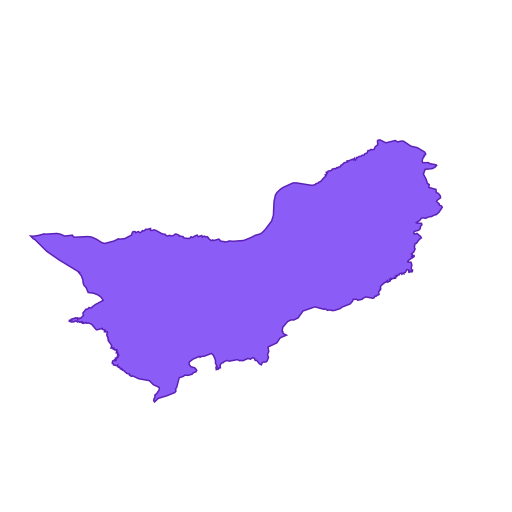 Namtumbo, Ruvuma, United Republic of Tanzania, rotated 248°
{"feature_id": "72390352B4837835329020", "entity_name": "Namtumbo", "entity_type": "district", "adm_level": 2, "iso_a3": "TZA", "parent_name": "United Republic of Tanzania", "parent_adm1": "Ruvuma", "projection": "equal_earth", "projection_center": [36.206, -10.673], "detail": "fine", "context": "isolated", "style": "filled", "palette": "violet", "viewbox_px": 512, "rotation_deg": 248, "n_neighbors": 0, "source": "geoboundaries", "source_scale": "gbopen_adm2", "svg_char_len": 6031}
<svg xmlns="http://www.w3.org/2000/svg" viewBox="0 0 512 512"><g transform="rotate(248 256 256)"><path d="M358.9,54.6L355.4,56.0L354.0,57.2L338.6,63.8L325.8,72.2L307.3,86.0L307.4,85.4L303.0,86.7L298.6,86.5L295.7,85.6L293.1,85.6L290.2,86.7L285.0,86.7L282.5,91.3L279.0,95.0L275.9,96.9L272.1,97.7L271.2,89.1L270.2,85.1L269.6,84.4L269.6,83.4L270.8,81.9L269.8,79.9L270.4,78.4L267.9,74.1L265.7,73.8L264.0,70.4L264.5,69.6L264.2,68.5L264.8,67.9L264.2,67.1L265.5,67.3L265.7,65.8L266.2,65.8L266.6,61.1L265.6,61.1L266.3,58.9L265.7,58.4L264.0,60.0L263.2,62.3L263.3,64.9L261.6,65.8L261.7,67.2L260.5,67.8L260.3,70.2L259.6,70.5L259.3,69.6L258.6,70.0L258.1,71.0L258.1,73.4L257.2,73.5L256.6,75.7L254.3,78.0L247.7,80.2L247.1,80.8L246.5,86.3L245.5,86.1L243.8,88.3L242.8,87.3L242.6,88.0L242.0,87.8L241.6,89.7L239.6,89.1L239.6,88.5L238.8,88.1L236.9,87.9L236.1,88.4L235.0,87.7L232.7,87.8L232.6,87.3L227.4,88.7L225.8,87.6L225.1,88.3L224.8,87.4L223.8,89.5L223.1,88.8L222.3,90.0L221.8,89.9L221.3,91.7L220.6,91.1L220.1,91.6L219.3,90.7L218.8,91.3L218.4,90.4L217.6,91.5L216.5,90.8L216.6,91.5L215.3,91.6L214.5,89.6L213.9,90.1L213.5,89.5L213.9,87.5L213.1,87.7L212.9,86.6L212.4,87.4L211.5,87.0L212.4,83.8L210.5,82.5L209.0,83.4L208.3,83.1L206.7,85.6L206.7,86.7L206.1,86.0L204.3,86.8L204.3,87.8L202.5,87.9L202.2,88.8L201.5,88.6L201.2,89.6L200.2,89.4L199.5,90.4L195.6,92.2L193.7,94.6L192.9,94.1L191.3,95.2L190.9,95.9L191.0,96.8L186.1,101.3L180.4,110.4L175.2,112.6L170.3,117.1L168.2,116.1L165.7,112.4L164.9,110.1L162.9,109.5L161.9,108.0L160.4,107.0L158.7,107.2L160.6,112.1L159.8,120.8L159.8,129.6L160.7,131.1L162.8,131.7L164.1,133.4L171.9,139.2L171.6,143.6L172.2,145.3L170.8,148.3L170.3,152.5L171.2,154.0L171.1,157.0L172.2,158.2L173.5,158.0L175.4,157.2L177.8,154.1L180.8,153.4L182.7,154.5L184.0,159.0L184.1,165.2L183.9,166.3L183.1,166.2L183.3,167.7L182.5,170.5L182.3,178.3L179.7,179.3L175.7,179.4L173.1,179.0L172.2,178.3L168.7,178.4L167.7,177.1L165.5,176.6L165.5,177.9L166.4,178.6L165.3,178.7L166.0,180.2L165.7,181.1L168.6,182.0L169.6,184.2L169.4,185.7L169.9,186.5L170.1,189.8L168.5,191.8L166.9,199.9L164.9,201.8L165.0,202.6L164.1,203.9L163.7,205.7L164.1,207.0L163.7,208.2L164.2,209.8L162.4,212.2L163.0,214.8L161.6,216.2L159.5,216.1L158.8,217.6L154.7,218.8L153.1,220.1L154.8,222.0L155.0,222.9L154.0,225.5L154.6,227.1L157.3,229.6L160.3,229.8L162.6,232.0L167.1,233.1L167.7,242.9L171.1,247.8L171.2,254.6L173.9,252.2L175.8,252.5L176.2,252.0L179.8,254.0L183.4,260.8L183.6,264.7L182.5,267.1L182.8,271.8L187.4,279.0L186.8,291.5L181.2,298.9L180.8,300.7L178.9,301.8L178.4,304.1L176.7,306.4L176.1,308.6L175.7,314.5L176.4,316.6L176.3,325.4L177.9,328.5L179.4,329.9L178.2,333.0L176.8,333.9L176.1,338.2L176.8,340.0L176.8,342.7L173.0,348.6L173.0,349.7L174.1,351.4L173.7,352.2L174.3,353.8L174.1,354.8L174.3,355.8L176.9,356.2L178.1,358.8L178.7,358.5L179.2,359.5L181.1,359.9L182.6,363.2L182.5,364.0L183.3,365.1L183.0,366.7L184.0,368.4L182.4,368.3L182.6,370.3L183.3,370.7L182.7,371.1L183.4,371.8L184.2,371.5L183.7,372.8L184.6,372.9L183.6,374.9L184.0,376.1L183.4,376.1L183.2,376.9L184.2,376.7L184.1,378.6L184.8,379.7L185.3,379.2L184.9,381.6L185.8,382.1L185.5,384.5L184.5,384.4L184.7,385.6L184.2,386.3L185.0,386.3L184.8,388.3L186.9,390.8L186.1,392.2L183.6,391.7L183.5,392.4L184.6,392.8L183.8,393.3L183.8,394.9L183.1,394.3L182.9,395.0L184.3,395.9L184.9,395.2L186.2,395.1L189.2,397.1L192.1,397.4L193.6,394.5L194.2,394.6L195.1,396.7L196.2,402.4L197.1,402.7L197.3,400.3L198.5,401.6L199.7,400.9L200.6,403.8L203.0,406.2L204.1,405.9L207.7,407.8L207.7,409.5L210.2,413.6L210.8,416.0L212.3,416.0L216.7,413.7L216.7,411.7L217.7,410.8L219.2,411.5L219.4,413.4L218.9,416.3L219.8,418.5L221.8,419.6L222.8,421.5L224.3,421.7L226.1,417.7L226.9,417.1L227.6,421.1L229.2,423.6L228.7,425.4L227.4,427.3L227.6,430.6L226.8,433.6L227.2,436.3L226.8,438.6L228.0,442.0L231.4,447.0L232.9,446.7L234.6,445.0L235.7,445.4L238.8,443.8L239.8,444.9L240.8,448.9L242.5,449.4L245.6,448.6L247.3,447.0L250.4,447.8L254.8,441.9L257.4,443.4L259.0,442.1L263.1,442.5L269.2,441.9L273.0,445.3L271.0,452.1L271.2,455.1L272.3,457.4L273.1,457.1L276.7,451.5L277.9,451.0L280.1,445.5L282.1,445.7L284.4,447.6L285.1,449.1L286.2,449.4L286.4,451.1L287.2,451.6L289.2,451.3L296.0,446.2L299.8,440.8L307.2,435.8L308.1,434.0L308.8,429.9L310.9,428.4L312.3,418.8L317.1,414.6L317.7,412.8L317.3,411.8L313.5,410.5L312.7,407.6L310.7,405.5L310.8,404.0L311.8,402.5L311.3,400.9L311.8,399.3L309.9,397.7L310.0,395.3L309.0,393.7L309.7,392.3L309.1,390.9L309.7,388.7L309.0,386.1L309.5,385.9L307.6,384.1L308.8,383.2L309.4,383.5L308.8,382.4L309.4,382.5L309.6,381.5L309.5,378.1L310.0,376.1L309.0,376.2L309.4,372.5L308.3,370.1L308.4,368.9L307.1,367.4L307.6,365.8L307.1,364.9L307.7,364.0L307.0,362.4L307.6,361.8L308.0,359.3L307.0,357.8L307.7,354.7L307.1,354.3L307.3,352.5L305.8,352.9L305.3,350.7L304.7,351.3L304.2,350.9L302.2,346.2L301.6,345.7L300.7,343.0L301.0,342.2L300.3,341.0L300.6,338.8L300.1,337.7L300.2,335.6L301.0,333.5L308.7,320.8L309.9,317.5L309.4,306.8L308.7,303.5L307.0,299.2L305.2,296.8L299.7,293.1L287.1,287.3L282.6,283.6L277.1,274.5L275.2,270.1L274.9,267.9L275.5,263.2L275.0,258.4L275.0,250.5L278.2,240.3L280.0,236.8L280.1,233.7L283.0,228.9L285.6,227.9L286.2,222.3L287.1,222.0L287.1,220.2L290.3,218.4L290.8,218.7L292.1,218.1L292.4,216.7L293.8,215.5L293.6,213.4L295.3,213.4L295.5,209.8L297.5,209.2L297.4,205.8L296.9,205.2L297.1,203.9L297.9,203.5L298.1,202.6L297.4,202.0L297.3,201.1L297.9,199.2L299.6,196.1L301.3,195.6L303.5,192.2L304.0,192.4L306.2,190.3L306.6,189.4L306.1,188.0L306.1,185.2L307.6,183.6L307.5,181.6L308.9,180.1L309.9,180.1L311.8,177.2L317.2,172.8L318.5,171.2L318.5,169.5L319.3,167.8L321.0,168.5L321.4,165.1L322.1,164.0L321.2,161.4L322.1,160.2L321.2,158.5L321.0,157.3L322.8,156.0L322.6,153.3L324.0,153.0L324.5,151.7L324.5,150.7L323.5,149.5L322.1,148.7L321.3,140.8L322.7,135.7L323.5,135.0L323.1,129.9L324.3,120.4L326.2,118.0L331.4,114.3L335.2,110.6L337.0,107.4L341.4,94.8L342.5,93.8L344.1,93.6L346.1,86.2L349.7,82.6L351.5,79.8L355.1,69.0L355.9,67.8L356.5,62.4L357.7,57.0L358.9,54.6Z" fill="#8b5cf6" stroke="#5b21b6" stroke-width="1.5"/></g></svg>